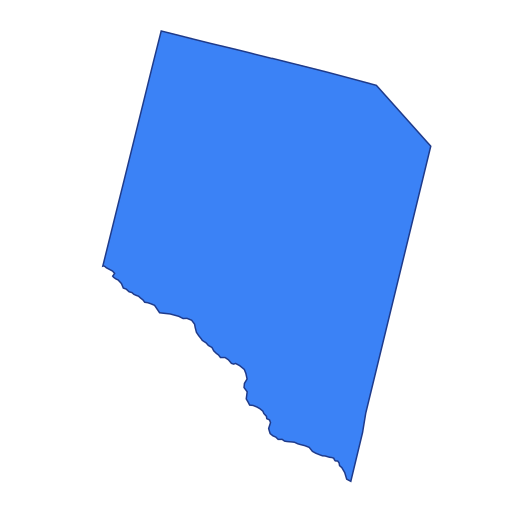 the district of Montezuma, Colorado, United States of America, rotated 104°
{"feature_id": "52423323B17337947288307", "entity_name": "Montezuma", "entity_type": "district", "adm_level": 2, "iso_a3": "USA", "parent_name": "United States of America", "parent_adm1": "Colorado", "projection": "mercator", "projection_center": [-108.315, 37.319], "detail": "fine", "context": "isolated", "style": "filled", "palette": "blue", "viewbox_px": 512, "rotation_deg": 104, "n_neighbors": 0, "source": "geoboundaries", "source_scale": "gbopen_adm2", "svg_char_len": 1677}
<svg xmlns="http://www.w3.org/2000/svg" viewBox="0 0 512 512"><g transform="rotate(104 256 256)"><path d="M60.6,402.4L92.1,402.5L93.7,402.5L215.2,402.3L215.4,402.3L245.7,402.3L302.8,402.2L302.5,401.8L302.7,400.1L303.6,398.4L304.4,395.2L305.3,391.6L307.0,389.0L308.8,389.6L310.2,390.2L311.1,389.0L312.1,386.5L312.6,384.0L315.3,379.9L319.2,377.0L319.5,374.0L321.4,370.5L321.5,367.5L322.7,365.3L323.2,362.6L323.4,360.3L324.8,357.7L326.0,355.0L327.8,352.8L327.5,349.7L327.8,346.3L328.4,342.5L334.4,335.8L333.7,330.3L333.0,325.3L333.2,316.4L334.3,311.6L333.2,307.9L333.9,302.9L337.0,299.1L340.1,297.7L344.5,295.3L347.1,292.4L349.7,289.0L350.9,287.7L352.4,283.3L354.3,280.6L355.4,276.6L358.3,274.0L360.1,270.9L361.1,268.4L363.1,265.9L362.0,261.4L363.4,257.6L366.1,253.9L366.3,251.6L365.2,249.8L366.3,245.4L368.9,239.9L372.4,237.4L377.5,234.9L382.4,236.4L386.5,235.8L389.9,231.7L397.0,230.9L399.7,228.3L402.2,226.1L401.7,222.7L402.3,218.5L403.2,215.3L404.9,211.8L407.0,210.2L409.0,207.1L411.2,206.2L411.8,203.2L414.2,201.6L417.1,201.8L420.3,202.0L422.6,200.7L424.9,199.3L426.4,196.1L426.9,193.0L428.6,190.1L427.6,186.3L428.7,183.5L428.5,180.9L427.8,176.6L427.4,173.6L428.1,170.0L428.2,167.2L428.2,162.9L428.8,158.1L431.9,154.0L432.9,150.3L433.4,146.6L433.8,143.2L433.3,140.6L433.5,136.0L433.2,133.6L433.4,131.6L434.7,130.7L435.6,129.5L435.2,127.1L436.7,125.3L439.2,124.2L440.6,121.5L444.7,117.5L450.6,114.0L451.7,109.5L401.5,109.9L382.0,111.5L107.2,113.0L61.3,180.5L60.4,230.8L60.3,288.0L60.5,288.3L60.5,305.8L60.4,310.0L60.4,321.2L60.7,350.9L60.7,351.0L60.7,352.1L60.7,358.1L60.7,362.6L60.7,368.0L60.7,368.9L60.6,402.4Z" fill="#3b82f6" stroke="#1e3a8a" stroke-width="1.5"/></g></svg>